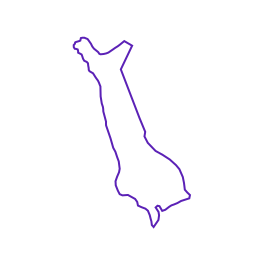 Kuala Penyu, Sabah, Malaysia, rotated 299°
{"feature_id": "92858781B3182463940033", "entity_name": "Kuala Penyu", "entity_type": "district", "adm_level": 2, "iso_a3": "MYS", "parent_name": "Malaysia", "parent_adm1": "Sabah", "projection": "albers", "projection_center": [115.505, 5.445], "detail": "fine", "context": "isolated", "style": "outline", "palette": "violet", "viewbox_px": 256, "rotation_deg": 299, "n_neighbors": 0, "source": "geoboundaries", "source_scale": "gbopen_adm2", "svg_char_len": 1517}
<svg xmlns="http://www.w3.org/2000/svg" viewBox="0 0 256 256"><g transform="rotate(299 128 128)"><path d="M202.2,82.6L196.7,80.4L194.5,79.4L191.8,77.9L189.5,76.8L187.3,75.7L184.5,74.3L182.7,72.8L181.0,70.9L180.0,69.5L179.1,68.1L179.0,66.9L179.9,65.2L180.3,63.1L180.6,61.4L180.9,59.7L182.0,57.2L183.7,54.8L185.4,51.3L186.2,49.5L185.8,46.1L184.8,44.3L183.8,43.2L181.3,43.9L180.4,43.2L178.7,41.5L178.0,40.8L177.2,40.3L176.0,40.7L174.2,40.3L172.4,41.4L171.5,43.0L172.0,44.3L172.3,45.9L171.2,47.0L169.7,47.9L169.8,50.4L169.8,51.8L168.4,53.4L166.8,55.1L165.6,57.1L165.8,59.9L165.2,61.6L163.2,63.0L161.4,64.5L159.8,65.5L159.0,66.8L158.9,70.9L156.7,74.9L155.9,76.5L154.9,78.7L153.5,80.7L152.2,82.2L151.0,83.7L142.3,88.8L136.7,93.2L135.6,94.4L134.2,95.9L132.6,97.1L130.5,98.4L122.9,105.7L121.2,106.6L119.6,107.6L118.0,109.4L110.5,117.7L103.5,124.7L101.1,128.5L97.3,132.6L94.3,136.1L88.3,140.5L85.0,141.6L80.1,142.1L75.4,142.9L71.9,145.1L68.3,149.5L66.1,152.8L66.4,155.8L69.4,160.4L69.4,164.2L69.4,168.6L67.8,171.9L65.0,174.3L65.3,178.2L65.9,182.3L65.3,185.5L62.3,189.3L59.6,191.8L57.7,193.7L54.7,195.9L53.8,198.4L62.3,199.2L66.7,197.5L69.4,195.4L71.9,190.7L74.3,191.5L74.9,193.4L72.1,198.1L74.6,200.3L79.0,202.2L81.4,203.5L83.3,205.2L86.3,207.6L89.9,209.8L96.2,215.7L99.4,214.7L100.3,211.2L101.6,207.6L107.1,203.6L111.7,199.7L116.9,192.9L118.8,188.0L120.7,179.8L121.3,171.3L121.3,163.2L124.6,152.5L128.6,146.5L133.0,144.9L142.4,133.1L175.8,93.3L202.0,91.7L202.2,82.6Z" fill="none" stroke="#5b21b6" stroke-width="2"/></g></svg>